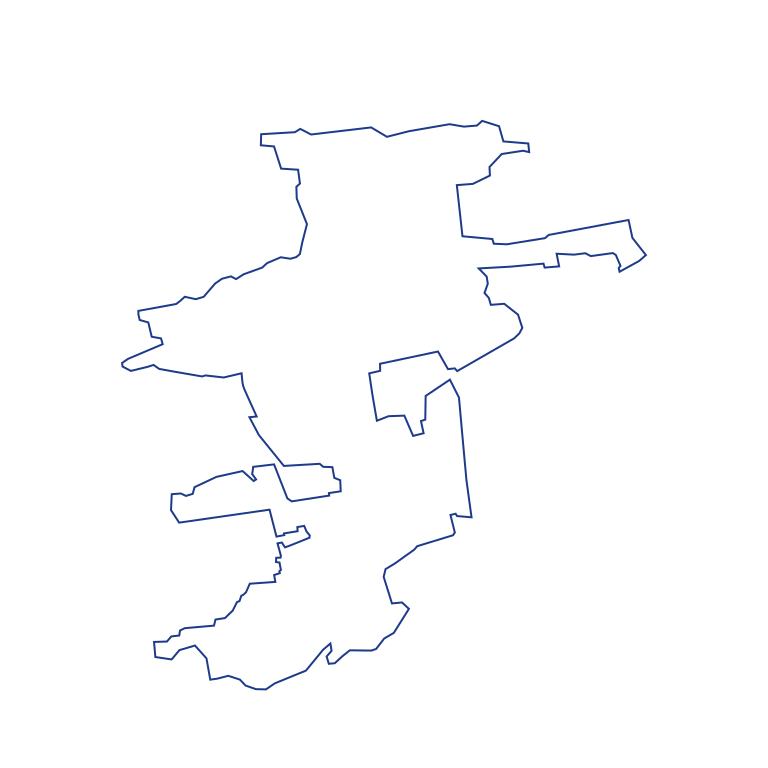 the district of Shakhrisabz city, Kashkadarya, Uzbekistan, rotated 167°
{"feature_id": "79887680B15767509154771", "entity_name": "Shakhrisabz city", "entity_type": "district", "adm_level": 2, "iso_a3": "UZB", "parent_name": "Uzbekistan", "parent_adm1": "Kashkadarya", "projection": "equal_earth", "projection_center": [66.838, 39.072], "detail": "fine", "context": "isolated", "style": "outline", "palette": "blue", "viewbox_px": 768, "rotation_deg": 167, "n_neighbors": 0, "source": "geoboundaries", "source_scale": "gbopen_adm2", "svg_char_len": 3021}
<svg xmlns="http://www.w3.org/2000/svg" viewBox="0 0 768 768"><g transform="rotate(167 384 384)"><path d="M318.7,320.0L314.0,353.9L318.8,373.4L346.1,363.0L351.8,340.0L356.3,339.6L356.5,327.1L367.3,326.9L371.3,348.6L386.8,351.6L399.2,349.8L397.7,376.2L396.0,397.7L384.8,397.7L383.3,404.6L324.1,403.5L318.3,384.1L311.5,383.3L309.8,380.1L246.9,399.2L240.7,402.9L236.6,407.6L237.8,421.4L248.8,435.1L262.1,437.1L262.5,444.3L265.6,450.1L260.3,458.4L259.8,465.6L265.7,475.3L234.5,469.9L201.5,465.4L201.3,461.3L186.9,459.2L186.5,472.1L169.8,467.3L158.4,466.1L153.7,462.1L131.6,460.1L129.1,457.6L127.0,445.9L129.2,444.2L129.2,440.4L107.7,446.5L99.8,450.7L109.1,470.5L108.8,488.8L189.9,492.2L194.3,489.9L232.9,492.5L245.5,496.0L245.8,500.9L274.3,510.3L268.3,561.4L252.4,559.0L233.9,563.3L232.4,571.7L217.6,581.6L196.0,580.0L190.4,577.3L189.3,585.9L213.1,593.5L213.9,609.3L229.2,618.3L235.3,614.9L248.2,616.8L261.7,622.4L302.9,624.7L325.5,624.2L338.8,636.9L398.9,643.5L408.2,651.4L414.2,649.4L447.5,655.0L450.3,644.3L437.7,640.2L435.8,617.0L419.5,612.1L420.8,598.2L425.0,595.9L427.3,584.4L423.1,557.1L431.8,540.3L436.7,529.6L440.9,527.4L447.0,527.1L456.1,530.7L470.7,528.1L476.5,524.8L496.0,522.5L504.5,519.5L509.0,523.3L518.2,523.0L525.9,519.9L540.1,509.5L548.3,509.0L558.5,513.8L563.9,510.8L568.5,508.7L606.9,510.5L607.7,506.5L607.6,501.3L599.8,497.0L599.7,482.3L591.0,478.6L590.7,472.6L627.7,466.1L634.5,463.4L634.8,459.8L627.7,453.7L610.6,453.9L604.2,454.4L599.7,449.3L585.8,443.3L559.6,432.3L556.0,432.5L538.7,426.4L520.4,426.5L521.6,416.9L521.6,413.4L521.3,410.7L519.7,402.4L515.4,381.0L517.8,381.3L522.6,381.9L517.4,362.4L500.0,326.7L464.6,320.7L461.9,317.0L453.0,314.6L453.4,306.3L453.5,303.7L448.3,300.1L450.3,289.2L462.2,290.1L462.5,287.6L500.3,290.4L503.9,294.3L507.3,317.5L509.2,330.4L530.1,332.7L532.6,326.0L532.7,325.9L530.1,319.8L532.8,318.8L540.6,329.9L541.4,331.0L542.9,331.0L568.1,331.2L591.8,326.1L595.1,320.0L602.1,319.5L606.6,323.0L615.6,324.4L619.9,309.0L614.8,295.0L523.8,287.3L523.1,259.5L515.2,259.2L515.1,260.9L501.3,260.0L500.6,264.1L493.7,263.7L492.7,257.8L490.4,253.2L491.2,251.0L511.5,247.8L517.2,247.1L519.2,252.5L523.6,252.7L523.1,239.7L523.9,238.1L528.1,238.9L529.3,234.9L526.0,233.5L526.3,226.0L528.1,225.1L528.1,223.1L534.0,222.6L534.4,215.6L559.7,219.6L565.3,212.1L568.4,210.3L570.6,209.8L573.6,205.0L576.3,204.6L582.3,197.3L591.6,191.7L601.2,192.4L604.0,186.8L633.0,190.9L638.2,189.7L640.1,185.0L648.0,185.9L653.4,181.9L666.1,184.4L668.2,169.4L652.9,163.4L643.2,170.7L627.0,171.7L618.7,156.6L619.8,135.0L612.7,134.4L601.4,134.7L590.9,128.4L586.7,121.3L577.5,115.5L567.7,113.0L557.7,116.9L524.5,122.3L503.1,138.8L494.6,143.2L495.1,135.8L501.2,131.4L500.7,123.8L494.8,123.0L485.6,128.2L477.2,132.2L456.3,127.1L451.3,127.6L441.0,136.0L430.4,139.3L410.3,159.3L415.6,167.1L425.6,168.4L427.7,196.2L424.1,203.3L413.7,206.7L391.8,215.8L388.1,218.5L350.8,221.1L348.4,223.3L348.7,241.4L343.4,241.5L342.5,238.9L328.7,234.4L325.3,271.8L318.7,320.0Z" fill="none" stroke="#1e3a8a" stroke-width="2"/></g></svg>